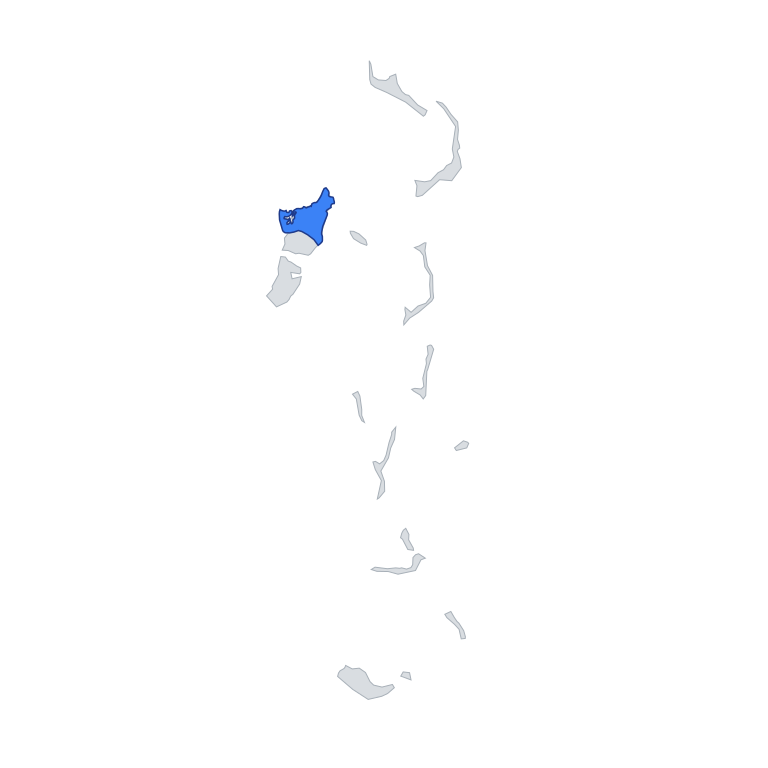 North Andros on a map of The Bahamas (Albers equal-area conic projection), rotated 44°
{"feature_id": "BHS-5019", "entity_name": "North Andros", "entity_type": "District", "adm_level": 1, "iso_a3": "BHS", "parent_name": "The Bahamas", "parent_adm1": "", "projection": "albers", "projection_center": [-78.177, 24.834], "detail": "fine", "context": "in_parent", "style": "filled", "palette": "blue", "viewbox_px": 768, "rotation_deg": 44, "n_neighbors": 0, "source": "natural_earth", "source_scale": "10m", "svg_char_len": 5154}
<svg xmlns="http://www.w3.org/2000/svg" viewBox="0 0 768 768"><g transform="rotate(44 384 384)"><path d="M240.1,324.0L240.0,333.9L240.8,341.3L240.1,344.0L232.0,349.0L230.0,351.7L222.4,354.5L217.8,358.4L215.5,352.1L211.0,348.2L210.3,341.6L206.8,343.8L201.9,342.5L193.8,337.4L188.7,330.6L195.9,329.4L197.4,333.7L203.0,328.5L201.8,325.7L200.7,325.4L198.9,320.3L207.4,306.9L209.2,298.3L205.4,284.5L209.0,283.6L218.6,288.4L222.9,293.2L223.0,299.7L227.1,304.8L233.0,316.9L240.1,324.0ZM246.7,361.5L246.8,363.3L239.4,368.5L244.8,372.2L249.9,364.2L253.9,370.7L256.2,382.9L255.8,385.0L256.2,386.8L257.0,389.1L257.2,392.5L253.1,403.2L238.3,402.2L238.0,393.2L235.7,391.5L232.2,378.6L227.6,374.5L221.2,364.0L224.9,361.2L229.8,362.1L232.4,360.9L239.2,359.8L243.4,358.4L246.7,361.5ZM601.6,604.1L599.3,610.2L591.7,621.9L573.7,625.4L553.8,626.6L552.1,623.6L551.6,620.8L552.9,616.5L552.7,614.8L551.9,613.1L559.1,611.0L563.6,605.6L571.1,604.4L580.7,607.8L585.7,607.8L593.1,603.4L598.8,594.3L602.4,595.3L601.6,604.1ZM278.0,225.9L276.4,226.6L270.0,218.5L264.8,216.1L272.8,210.3L276.3,205.3L276.1,194.4L278.0,188.5L277.3,183.3L279.1,178.1L276.6,172.2L269.9,167.5L256.6,149.0L235.8,144.5L225.0,144.4L230.9,141.4L236.4,141.7L244.8,143.5L254.9,144.3L261.1,149.7L267.0,157.0L272.4,159.9L274.6,161.7L274.3,163.8L275.2,165.8L282.2,169.2L289.3,174.6L291.5,190.7L282.1,198.4L280.5,221.7L278.0,225.9ZM184.8,158.6L193.7,161.2L198.4,160.9L201.3,159.2L214.4,159.9L225.0,157.4L226.6,161.8L226.3,164.0L203.8,166.2L183.1,172.5L171.7,176.8L166.4,177.3L162.4,175.0L148.8,161.7L152.4,163.1L162.5,170.6L168.7,169.2L174.6,164.3L175.4,160.6L174.6,158.8L177.2,153.0L184.8,158.6ZM320.8,259.6L333.1,268.7L343.5,272.1L354.9,283.4L359.8,287.5L360.7,291.2L359.1,308.4L356.7,318.7L357.2,327.7L354.5,325.1L351.8,319.2L347.3,315.9L345.9,314.1L353.7,313.6L354.3,304.3L358.0,296.9L357.3,289.3L348.0,281.0L341.7,273.7L332.0,271.4L323.0,264.2L317.6,263.3L311.1,264.7L313.4,260.3L315.0,254.4L316.2,253.3L320.8,259.6ZM459.6,469.3L459.1,471.4L449.2,455.3L437.2,451.6L430.2,447.8L431.6,445.6L436.3,444.5L437.0,439.3L434.9,433.7L428.3,422.6L424.6,415.0L423.0,413.3L422.4,406.8L430.1,416.6L433.3,425.4L438.5,434.0L442.2,448.8L451.9,453.7L459.0,460.7L459.6,469.3ZM509.0,523.7L503.7,526.3L504.8,522.0L514.8,514.5L520.2,508.1L523.3,505.7L524.4,504.0L528.8,501.5L530.9,497.4L530.2,494.1L525.4,488.7L525.3,484.9L526.8,482.1L534.7,480.6L532.7,484.8L536.2,496.3L526.2,511.1L517.4,515.9L509.0,523.7ZM422.0,363.3L422.6,367.5L417.6,366.8L410.3,368.5L407.6,368.6L409.2,365.7L414.2,361.8L414.4,358.1L408.0,353.0L400.4,339.9L396.9,336.9L395.1,332.0L388.9,326.8L390.1,323.9L391.4,323.2L395.6,324.5L405.4,343.3L406.0,345.1L422.0,363.3ZM596.7,503.1L601.4,504.1L604.0,504.0L612.7,506.1L618.0,509.2L619.2,510.6L616.6,513.7L608.4,508.3L601.4,507.9L591.6,508.4L587.7,507.4L590.1,501.2L596.7,503.1ZM519.0,481.7L520.8,483.1L516.1,486.5L505.1,482.8L502.7,483.1L500.4,478.9L499.5,475.7L499.9,472.7L506.4,474.9L510.0,479.0L519.0,481.7ZM269.4,298.8L261.1,300.6L255.1,298.9L253.5,297.6L256.1,295.3L261.7,293.4L270.8,293.1L274.8,295.3L275.2,296.3L269.4,298.8ZM396.6,425.2L393.5,425.8L387.8,423.7L374.5,414.0L368.4,413.2L370.3,407.6L375.0,409.4L385.7,417.8L389.8,422.1L396.6,425.2ZM487.9,372.5L482.2,381.6L479.1,380.9L480.6,369.7L484.6,367.8L486.2,367.9L487.9,372.5ZM609.0,578.1L599.0,582.5L597.8,577.8L602.9,573.9L609.0,578.1Z" fill="#d9dde1" stroke="#a8b0b8" stroke-width="1"/><path d="M211.1,340.9L209.8,342.0L208.8,343.1L207.7,343.9L205.7,344.3L204.3,343.9L194.9,338.5L190.5,334.4L189.1,332.7L188.1,330.8L189.1,330.6L190.7,329.9L192.1,329.0L192.7,328.3L193.0,327.2L193.5,327.3L194.2,327.8L194.8,328.0L195.6,327.5L196.2,326.9L196.3,326.1L195.8,325.2L196.7,323.8L197.9,323.8L198.9,324.9L199.4,326.6L199.3,328.0L199.0,329.3L198.5,330.4L197.8,331.4L196.5,332.3L196.3,332.5L196.5,333.3L196.8,334.1L197.4,334.4L199.4,333.1L200.5,332.8L201.1,332.1L200.9,330.3L202.3,331.0L202.4,332.5L202.0,334.2L202.2,335.6L203.4,336.4L204.1,335.4L204.3,333.6L203.9,332.0L204.7,332.3L205.4,332.8L206.1,333.0L206.5,332.5L206.4,331.4L205.9,330.5L205.1,329.9L204.5,329.2L204.4,328.7L204.6,327.5L204.5,326.9L204.0,326.3L202.9,325.3L202.4,324.7L202.1,323.5L201.9,322.2L201.5,321.5L200.4,321.9L201.2,322.5L201.5,323.8L201.4,326.9L200.7,326.1L200.2,324.7L199.7,323.5L198.6,323.0L198.5,322.4L198.7,321.0L199.4,318.5L200.5,317.3L202.1,316.0L203.3,314.3L203.0,312.3L203.7,311.8L205.6,311.4L206.0,310.9L206.2,309.9L207.3,307.9L207.5,306.8L208.2,306.7L207.9,306.1L207.3,305.2L207.0,304.5L207.1,303.8L207.5,302.7L208.1,301.6L208.8,301.1L209.4,300.1L209.2,297.8L208.5,294.1L207.7,291.5L206.2,288.1L205.2,285.0L206.0,283.2L207.3,283.3L210.0,283.8L211.1,284.3L212.0,285.1L212.5,286.1L213.1,286.8L214.3,287.1L215.5,286.6L216.6,285.7L217.7,285.1L219.0,285.7L219.9,286.4L221.0,287.0L222.0,287.7L222.8,288.8L221.7,290.1L221.5,291.5L222.1,292.9L223.3,293.8L222.4,297.1L222.1,299.1L222.5,300.0L223.9,300.2L225.0,300.8L225.9,302.1L230.5,313.3L233.8,318.2L235.0,319.6L236.3,320.2L237.2,320.7L239.9,323.4L240.6,324.6L240.7,326.1L240.6,328.1L240.3,330.0L233.4,328.8L225.4,329.7L218.9,331.4L215.8,333.1L213.7,337.2L211.1,340.9Z" fill="#3b82f6" stroke="#1e3a8a" stroke-width="1.5"/></g></svg>